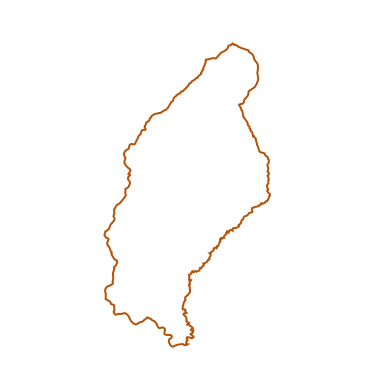 outline of Caicedonia, Valle del Cauca, Colombia, rotated 196°
{"feature_id": "7082276B66968724645536", "entity_name": "Caicedonia", "entity_type": "district", "adm_level": 2, "iso_a3": "COL", "parent_name": "Colombia", "parent_adm1": "Valle del Cauca", "projection": "orthographic", "projection_center": [-75.855, 4.307], "detail": "fine", "context": "isolated", "style": "outline", "palette": "amber", "viewbox_px": 384, "rotation_deg": 196, "n_neighbors": 0, "source": "geoboundaries", "source_scale": "gbopen_adm2", "svg_char_len": 6028}
<svg xmlns="http://www.w3.org/2000/svg" viewBox="0 0 384 384"><g transform="rotate(196 192 192)"><path d="M257.5,187.9L256.4,185.9L254.9,185.0L254.0,183.5L254.3,179.7L254.6,179.0L256.9,176.4L256.2,174.4L256.0,172.9L254.8,170.9L254.8,170.3L255.8,167.0L258.1,161.8L258.6,160.9L260.8,158.5L262.1,153.5L260.7,149.9L260.9,149.1L260.7,146.8L259.1,145.2L258.9,143.2L260.2,140.8L260.4,139.8L261.3,138.4L261.6,134.0L263.0,131.4L264.3,130.4L264.4,127.2L264.1,126.2L262.9,125.5L262.6,124.8L261.9,124.5L260.2,124.3L259.2,123.7L259.5,120.1L259.2,118.8L258.7,117.9L256.2,116.0L253.3,112.1L252.5,111.8L252.2,110.8L252.4,110.2L252.0,109.7L248.1,106.0L245.3,105.4L244.6,104.0L244.8,100.6L246.2,98.1L245.5,95.7L245.6,91.9L244.2,88.2L243.7,86.3L243.7,84.1L242.9,82.8L242.9,81.9L243.9,80.6L247.7,77.4L248.4,75.3L248.5,73.9L248.0,72.2L247.2,71.0L246.5,69.4L245.5,65.3L241.1,64.2L239.9,63.4L239.1,62.1L235.7,61.8L234.7,58.7L234.0,57.4L233.9,56.5L234.4,55.8L234.3,55.2L232.9,53.6L232.3,53.2L231.1,53.2L229.0,54.6L226.2,55.3L224.2,56.7L222.2,57.0L220.0,56.1L218.4,54.8L215.4,51.4L212.7,49.8L209.9,49.1L208.9,49.5L206.4,52.2L203.7,53.9L202.9,55.5L201.4,57.3L200.3,59.2L199.2,59.0L196.2,58.5L195.1,57.8L192.8,57.5L192.0,57.2L189.8,55.7L188.2,53.6L186.8,52.3L185.7,52.3L183.0,53.7L181.4,53.5L180.1,52.5L179.8,51.9L179.8,49.0L179.6,48.3L178.9,47.7L177.2,47.6L173.3,48.6L172.0,48.2L171.7,47.8L171.5,46.2L173.1,44.4L173.4,43.2L173.2,42.4L172.0,40.2L170.2,38.6L169.3,38.1L167.8,38.0L164.4,40.9L159.0,43.4L157.3,42.6L155.5,43.3L154.1,44.6L155.5,44.7L156.1,45.2L156.2,46.1L155.4,48.2L156.4,48.6L156.5,49.7L156.9,50.3L156.9,50.7L156.4,51.2L155.0,51.2L154.0,51.6L152.1,51.2L150.8,52.3L150.5,53.2L151.0,53.7L152.2,53.9L154.3,55.0L154.2,55.4L152.8,56.3L152.4,57.9L152.6,59.3L153.4,59.3L153.9,58.6L155.0,59.2L154.7,60.3L153.6,60.9L153.6,61.4L155.3,62.4L156.9,62.8L157.8,63.5L158.8,63.7L159.7,63.1L160.1,63.2L160.0,63.6L159.1,64.2L158.9,65.3L159.8,64.9L160.9,66.1L161.7,66.1L161.8,67.2L162.8,69.5L163.6,70.4L166.0,71.6L166.6,72.4L166.3,73.0L164.1,74.0L163.9,74.3L165.5,75.3L166.1,77.2L168.6,76.6L169.1,78.2L169.4,83.0L169.1,85.2L168.4,86.1L169.3,87.6L169.4,89.0L169.1,89.7L168.5,90.1L168.3,91.1L167.4,92.1L167.0,93.8L166.2,95.2L168.1,100.2L169.3,101.4L169.2,101.9L168.6,102.4L168.5,102.9L169.4,104.0L169.6,105.7L168.5,106.7L168.5,107.1L168.9,107.3L170.3,106.6L170.7,106.8L170.8,108.1L171.2,108.9L171.0,109.6L172.1,111.7L170.7,112.6L169.9,116.0L169.5,116.1L168.5,115.1L167.9,115.5L167.6,116.5L166.7,117.0L165.6,116.6L164.5,117.7L163.4,118.4L163.2,119.2L163.4,121.2L162.0,121.6L161.8,123.1L161.0,123.7L160.5,124.6L160.6,125.1L161.5,126.2L161.4,126.5L161.0,126.8L160.3,126.6L159.9,126.9L159.4,127.9L158.4,128.9L158.3,129.9L157.6,130.8L157.8,131.3L156.9,131.8L156.7,132.7L157.3,133.5L156.7,135.3L156.7,136.7L157.0,137.4L158.1,137.9L157.3,138.2L157.3,138.8L156.9,139.1L156.8,140.0L155.8,140.8L155.0,142.9L155.6,143.6L155.0,144.6L153.5,145.0L152.9,144.7L152.7,145.0L152.7,145.7L153.1,146.7L152.0,147.4L151.5,152.0L151.0,152.4L151.6,153.1L152.0,154.3L151.7,154.9L151.0,154.9L150.3,155.4L150.8,156.0L148.4,156.9L148.9,157.6L148.8,159.0L147.8,160.2L147.5,161.6L147.9,161.9L147.3,162.7L147.4,163.8L145.6,163.0L145.6,165.0L145.0,165.2L144.4,166.2L143.2,166.6L142.3,166.1L142.7,167.7L142.3,168.6L141.5,169.1L140.0,169.4L137.5,171.6L137.4,172.5L138.1,173.1L137.0,174.5L136.2,176.2L136.6,177.7L136.2,178.8L135.3,180.2L135.4,181.9L134.5,183.3L132.9,184.3L132.0,185.6L131.4,187.4L128.5,189.4L129.8,192.4L129.8,193.1L126.8,195.3L124.3,196.6L123.9,197.6L121.7,199.3L121.7,199.5L122.4,200.0L122.3,200.4L120.5,200.6L118.9,201.8L118.6,203.3L117.6,203.5L117.0,204.5L117.0,205.3L116.6,206.4L116.6,209.4L116.1,209.9L116.0,210.3L116.6,211.5L117.6,211.9L119.7,213.3L120.1,214.2L119.5,215.3L119.5,215.9L120.7,216.7L121.8,219.0L121.0,221.6L121.9,223.9L121.5,224.9L122.5,226.9L123.8,228.3L123.7,228.9L123.1,229.9L123.0,230.6L123.6,231.2L124.0,232.3L125.0,232.5L125.1,235.9L126.0,236.9L127.0,238.7L126.4,241.2L126.9,243.9L128.3,244.8L128.7,246.4L131.3,247.2L132.4,248.4L132.7,249.1L137.6,249.2L138.8,250.1L141.3,254.1L142.3,255.0L142.8,256.2L144.4,258.6L145.4,260.9L146.9,261.7L147.7,262.8L148.1,262.8L148.4,262.2L148.8,262.3L149.0,263.1L150.6,265.9L152.8,267.4L153.1,268.7L154.3,269.1L154.8,270.7L155.8,271.1L156.7,271.9L157.4,272.9L158.0,274.3L162.9,278.1L163.8,279.3L165.9,283.7L167.2,284.5L167.8,285.8L170.8,288.7L170.4,289.4L168.1,290.6L167.1,291.7L167.0,295.7L166.3,296.8L164.9,300.1L164.9,302.0L165.3,304.0L165.0,304.8L160.7,310.0L159.8,312.8L159.2,318.0L160.0,320.3L162.1,324.5L162.5,328.4L163.8,332.6L165.7,334.5L167.0,335.1L168.0,336.0L169.3,337.6L170.2,339.3L171.4,340.5L173.0,341.5L175.9,342.4L176.7,343.8L181.6,343.8L187.1,344.3L190.0,345.4L191.1,345.4L192.2,344.9L193.0,345.8L193.9,346.0L195.1,343.9L197.2,342.8L197.4,340.3L197.8,338.8L199.4,336.7L202.7,333.7L205.5,327.4L206.4,326.7L207.4,326.8L209.9,325.9L213.5,323.6L214.6,323.5L215.3,322.5L214.7,321.6L214.8,317.2L215.3,315.2L215.0,312.6L215.6,311.9L215.8,311.0L215.8,309.1L216.2,308.8L215.9,307.8L217.9,305.0L218.1,303.4L219.3,302.6L220.3,300.8L222.7,298.3L223.0,297.0L224.7,295.0L224.7,293.6L225.3,292.7L225.5,291.6L226.7,289.8L226.9,289.1L227.9,287.8L228.5,286.3L229.9,285.8L230.5,283.8L230.8,283.4L231.4,283.3L232.2,282.1L233.3,281.2L233.9,279.6L234.8,278.7L235.4,277.2L235.5,274.2L236.8,272.5L238.4,266.2L239.7,263.8L241.7,262.3L244.1,259.3L245.7,258.8L246.6,258.0L248.9,257.0L251.7,254.1L252.0,252.3L252.8,251.2L252.7,249.0L253.6,248.1L254.2,246.9L255.1,246.4L255.2,243.4L255.6,241.9L255.2,241.0L254.2,240.2L253.9,239.4L254.3,238.7L256.5,238.0L257.4,236.8L257.3,233.8L258.8,230.9L259.0,228.1L259.5,226.8L260.0,222.7L260.5,221.9L263.2,221.5L264.0,221.2L264.6,220.4L265.0,219.4L264.8,217.1L264.9,216.2L265.4,215.2L266.4,214.6L266.9,213.9L267.7,212.1L268.0,210.3L268.0,209.8L267.0,208.0L265.4,206.6L265.2,204.8L265.4,204.0L265.4,202.5L264.6,200.9L262.5,198.9L259.6,197.4L258.6,197.2L257.3,196.3L257.1,195.3L258.0,191.8L256.4,191.7L256.2,191.2L257.0,189.7L257.5,187.9Z" fill="none" stroke="#b45309" stroke-width="2"/></g></svg>